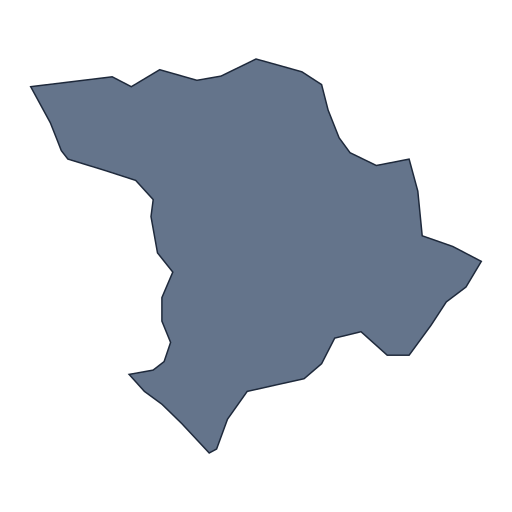 the district of Jeonju-si, North Jeolla, South Korea
{"feature_id": "91817680B88957070935676", "entity_name": "Jeonju-si", "entity_type": "district", "adm_level": 2, "iso_a3": "KOR", "parent_name": "South Korea", "parent_adm1": "North Jeolla", "projection": "robinson", "projection_center": [127.109, 35.81], "detail": "fine", "context": "isolated", "style": "filled", "palette": "slate", "viewbox_px": 512, "rotation_deg": 0, "n_neighbors": 0, "source": "geoboundaries", "source_scale": "gbopen_adm2", "svg_char_len": 763}
<svg xmlns="http://www.w3.org/2000/svg" viewBox="0 0 512 512"><path d="M112.2,76.8L35.4,86.1L30.7,86.7L50.4,122.9L56.9,139.3L61.3,150.6L67.9,159.1L102.9,169.8L135.7,180.4L153.2,199.6L151.0,216.6L157.5,252.9L172.8,272.1L161.9,297.6L161.9,304.0L161.9,321.1L170.6,342.4L164.1,361.6L153.1,370.1L129.1,374.4L144.4,391.4L161.9,404.2L181.6,423.4L209.2,453.0L216.6,449.0L227.5,419.2L247.2,391.4L275.7,385.0L304.1,378.7L321.6,363.7L334.7,338.1L361.0,331.7L387.2,355.2L409.1,355.2L431.0,325.3L446.3,301.9L466.0,287.0L481.3,261.4L452.8,246.5L422.2,235.8L417.8,191.1L409.1,159.1L376.3,165.5L350.0,152.7L339.1,137.8L328.1,110.1L321.6,84.6L301.9,71.8L256.0,59.0L221.0,76.1L196.9,80.3L159.7,69.7L131.3,86.7L112.2,76.8Z" fill="#64748b" stroke="#1e293b" stroke-width="1.5"/></svg>